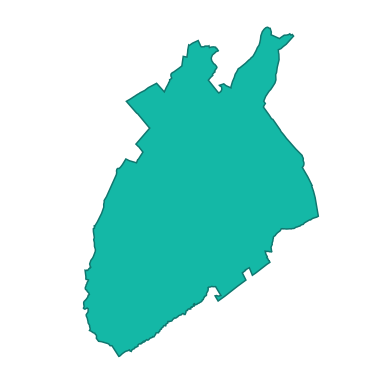 Durnesti, Botosani, Romania, rotated 80°
{"feature_id": "2599482B19127823613231", "entity_name": "Durnesti", "entity_type": "district", "adm_level": 2, "iso_a3": "ROU", "parent_name": "Romania", "parent_adm1": "Botosani", "projection": "robinson", "projection_center": [27.119, 47.758], "detail": "fine", "context": "isolated", "style": "filled", "palette": "teal", "viewbox_px": 384, "rotation_deg": 80, "n_neighbors": 0, "source": "geoboundaries", "source_scale": "gbopen_adm2", "svg_char_len": 5929}
<svg xmlns="http://www.w3.org/2000/svg" viewBox="0 0 384 384"><g transform="rotate(80 192 192)"><path d="M319.5,311.6L322.8,309.9L323.7,307.1L326.6,301.3L327.2,300.4L329.1,299.4L329.5,297.5L341.2,292.6L341.1,291.9L340.7,291.1L339.1,288.7L337.7,285.8L337.3,284.4L337.2,282.9L336.6,281.1L338.0,280.5L338.0,279.9L338.4,279.5L337.0,278.5L336.9,278.0L336.7,277.8L336.4,277.0L336.4,276.3L335.8,275.8L335.5,275.1L335.1,275.0L335.3,274.4L334.9,273.6L334.9,273.2L334.6,272.6L334.6,272.1L333.3,271.8L333.0,271.1L332.5,270.6L332.3,269.3L332.7,269.1L332.8,268.7L331.9,267.8L332.1,267.4L331.9,267.0L331.2,266.7L331.5,265.6L331.1,264.5L330.9,264.2L330.6,264.5L330.6,263.9L329.5,262.4L329.6,262.0L330.0,261.8L330.2,261.1L330.0,260.4L328.8,258.8L328.5,258.0L328.5,257.0L328.1,256.2L327.6,255.9L328.1,254.8L327.9,254.5L325.6,252.4L324.7,252.0L324.5,251.3L324.8,249.4L323.7,248.7L323.5,248.0L322.3,247.4L322.0,247.0L321.7,246.0L321.0,245.9L320.6,245.3L320.4,244.6L320.1,244.1L319.2,243.6L318.7,243.0L318.7,242.6L319.2,241.5L319.1,241.0L318.3,241.1L318.0,240.9L317.9,240.6L317.4,240.3L316.8,238.6L315.8,238.5L315.3,238.0L315.8,237.2L315.5,236.7L315.6,235.4L315.4,234.2L314.1,233.0L313.7,232.0L313.0,231.4L312.9,231.2L313.3,230.5L313.2,229.5L312.9,228.7L312.3,228.0L312.3,227.5L311.5,226.7L311.2,225.2L311.1,223.9L310.1,222.5L310.3,221.5L311.3,221.0L311.1,220.3L311.3,220.0L309.6,218.9L309.2,219.0L307.8,218.1L307.9,217.0L307.0,216.7L306.4,215.2L306.9,214.7L306.7,214.2L306.9,213.8L306.3,213.8L306.2,213.3L305.6,213.3L305.0,212.4L305.0,212.2L305.5,212.0L305.5,211.8L305.1,211.5L304.5,210.4L304.8,209.8L304.7,209.7L303.9,209.6L303.1,210.1L302.6,209.7L302.4,209.0L302.6,208.9L303.6,209.1L303.9,209.1L303.9,208.9L303.6,208.0L303.5,206.6L302.9,206.1L302.7,204.5L302.2,203.6L301.7,202.0L300.9,200.9L300.1,200.6L299.9,199.6L298.5,198.9L297.7,198.0L297.1,197.9L296.7,196.5L296.2,195.7L294.2,195.3L292.0,193.4L290.1,192.8L289.1,192.9L288.6,192.3L288.7,190.3L288.4,188.9L288.9,187.8L289.3,185.2L299.0,181.5L299.1,184.2L298.2,185.8L298.3,187.3L303.9,185.2L300.4,177.9L292.7,163.5L288.1,154.2L280.4,156.5L278.5,152.9L278.0,153.0L276.5,148.7L284.5,147.0L282.9,143.4L276.1,130.5L274.8,127.5L273.0,127.9L272.6,128.5L270.2,129.1L269.7,129.8L268.7,129.1L266.2,130.0L263.0,130.2L263.5,128.7L263.7,127.2L264.4,125.8L264.7,124.1L265.2,123.6L264.5,123.9L260.4,123.8L259.6,123.5L257.6,122.1L256.3,122.0L254.1,120.8L252.9,120.6L252.2,120.1L250.6,119.7L249.9,118.9L249.3,117.5L248.5,116.9L247.0,114.9L245.5,111.9L243.8,110.5L243.7,110.0L243.9,109.1L244.2,108.8L244.1,108.1L244.9,105.2L245.2,101.8L245.6,100.7L245.4,100.1L245.6,97.8L244.7,95.6L244.7,94.5L244.2,92.4L244.3,91.7L243.3,89.9L243.2,88.1L242.2,87.0L241.8,86.3L239.8,80.8L240.1,80.0L239.7,79.7L239.4,78.6L239.0,78.1L238.6,75.2L238.4,73.5L237.8,71.8L218.9,71.7L212.6,72.2L206.7,73.1L206.5,72.6L197.3,75.3L187.0,79.1L185.4,77.5L183.9,76.9L182.6,76.7L180.1,77.1L178.7,76.6L177.1,76.8L176.2,77.2L175.1,77.2L167.9,82.2L155.6,89.7L151.3,91.9L147.9,93.9L146.3,94.3L134.6,99.7L133.6,101.0L129.5,102.7L120.8,106.9L119.2,105.9L117.6,104.4L115.1,105.6L110.7,102.9L107.5,99.9L105.9,98.3L104.8,96.7L102.3,94.3L99.1,91.4L96.2,89.9L90.9,89.2L89.0,88.0L84.0,86.4L76.9,83.3L71.2,82.5L70.0,82.6L66.9,82.3L66.3,79.6L64.6,76.9L62.9,73.6L61.8,72.2L56.1,64.9L54.3,65.9L54.7,67.3L53.2,68.2L53.8,69.7L53.9,71.8L53.6,74.0L55.3,77.7L56.1,79.2L50.9,86.8L48.3,86.1L44.4,86.6L44.4,87.1L43.1,88.6L42.8,89.3L43.1,90.9L44.3,92.8L46.3,94.9L50.2,97.1L53.4,98.0L56.5,99.2L59.1,100.5L61.1,102.5L64.0,104.4L67.2,106.9L69.2,108.7L70.0,110.4L70.9,111.2L72.0,113.3L74.6,117.1L78.0,123.3L78.6,125.0L81.4,127.1L83.5,129.0L86.4,130.4L90.2,132.9L94.8,135.2L96.2,135.6L93.2,140.0L91.0,141.9L91.7,146.5L92.4,146.1L93.2,145.0L93.9,144.7L96.1,144.8L97.9,146.0L98.7,147.4L99.1,148.4L97.9,149.3L84.7,156.5L82.2,153.5L80.8,151.3L80.2,151.5L79.5,151.2L78.2,149.5L77.7,148.5L76.9,148.9L74.0,146.0L73.4,145.8L72.1,146.3L70.2,147.4L69.4,148.4L66.0,149.8L63.5,149.8L62.7,149.4L60.6,148.1L59.0,145.3L57.9,143.8L57.9,143.1L57.6,142.1L57.6,141.7L58.0,141.3L54.7,142.8L54.5,143.4L53.5,143.6L52.8,145.6L52.6,147.7L52.8,149.8L51.0,149.9L51.2,150.4L50.6,153.6L50.7,154.4L51.1,154.8L50.7,157.6L50.2,158.0L43.9,159.6L45.5,165.6L47.2,169.3L46.7,169.7L51.4,171.5L53.9,172.1L58.3,173.6L56.9,177.1L66.1,180.1L67.6,182.9L70.7,189.3L71.1,190.7L71.9,191.9L72.8,192.4L74.1,192.6L76.3,192.2L77.6,194.1L77.5,194.5L78.4,194.6L79.8,195.3L79.9,195.7L81.7,196.8L84.8,199.3L88.6,201.9L78.8,208.0L81.7,217.0L83.8,221.0L85.3,226.0L85.9,227.1L86.3,228.5L89.8,236.7L91.3,240.9L103.1,233.8L104.8,232.7L105.5,231.9L120.8,223.2L121.7,222.5L135.1,238.9L137.7,237.1L138.3,236.5L144.2,233.4L150.4,239.1L150.8,239.9L153.6,241.6L150.3,248.3L148.0,251.4L152.9,255.7L154.7,257.6L156.1,259.5L155.9,261.0L156.5,262.0L158.1,262.7L159.9,262.8L161.8,263.5L181.7,277.0L185.1,280.0L186.7,280.2L188.8,281.1L191.6,281.5L197.3,284.7L205.0,290.4L208.3,293.3L208.8,293.5L208.2,294.1L207.8,294.3L209.5,294.1L210.4,294.6L210.9,294.5L211.0,295.5L211.3,295.6L214.1,296.0L219.9,296.1L221.9,297.1L224.9,296.9L228.6,297.5L231.7,297.1L233.1,297.4L233.8,297.6L238.2,300.2L239.7,301.3L241.7,303.4L245.1,305.3L247.2,305.1L247.9,305.1L248.6,305.5L248.7,305.0L248.8,305.1L249.2,305.4L249.2,306.0L249.5,306.6L251.1,308.5L250.7,309.4L251.0,309.7L250.5,310.9L257.1,311.2L259.0,311.6L259.7,311.5L260.1,310.1L260.6,309.3L262.0,310.1L262.7,310.9L264.2,311.5L265.1,312.4L266.4,312.8L267.3,313.6L268.8,313.9L269.6,313.7L270.3,312.8L271.8,312.4L273.5,311.2L275.2,310.9L275.6,312.1L277.7,313.1L278.5,314.1L279.3,314.8L281.0,317.2L281.8,317.8L283.4,318.1L285.6,318.1L286.3,318.2L287.5,319.1L288.2,318.7L288.8,317.8L288.1,315.6L288.1,315.3L289.1,314.5L291.6,315.1L292.4,315.5L294.3,317.4L294.8,317.6L296.1,317.6L297.8,317.1L301.0,316.9L303.0,317.0L305.5,316.0L306.2,316.2L309.3,316.0L310.6,317.0L311.1,316.1L313.6,313.5L314.2,312.2L315.2,312.0L316.0,311.3L317.2,311.0L319.5,311.6Z" fill="#14b8a6" stroke="#0f766e" stroke-width="1.5"/></g></svg>